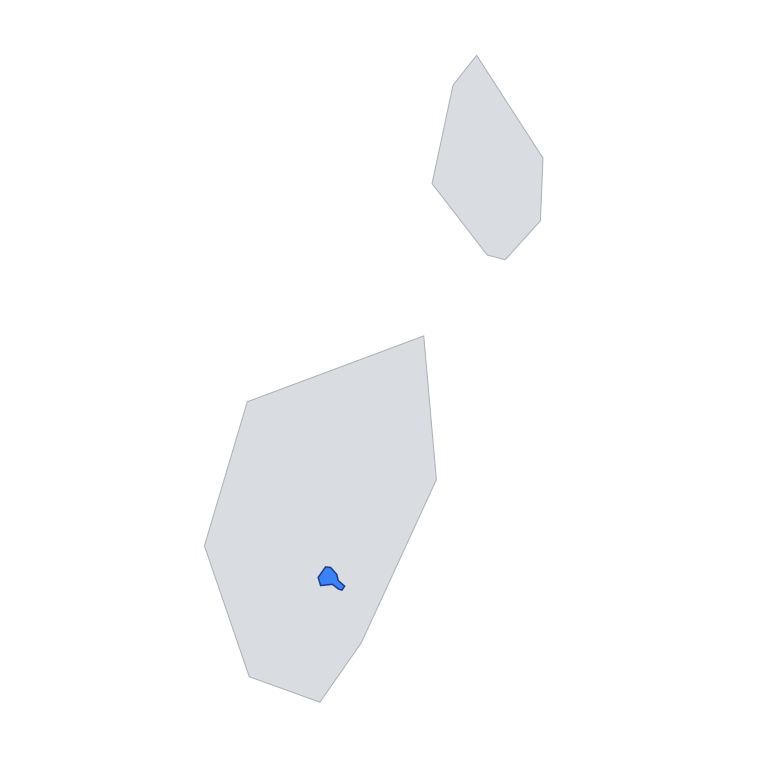 where Ħamrun sits in Malta, rotated 70°
{"feature_id": "MLT-5944", "entity_name": "Ħamrun", "entity_type": "state/province", "adm_level": 1, "iso_a3": "MLT", "parent_name": "Malta", "parent_adm1": "", "projection": "mercator", "projection_center": [14.489, 35.882], "detail": "fine", "context": "in_parent", "style": "filled", "palette": "blue", "viewbox_px": 768, "rotation_deg": 70, "n_neighbors": 0, "source": "natural_earth", "source_scale": "10m", "svg_char_len": 557}
<svg xmlns="http://www.w3.org/2000/svg" viewBox="0 0 768 768"><g transform="rotate(70 384 384)"><path d="M661.1,553.1L613.0,610.7L474.7,608.1L353.9,518.5L352.4,330.2L491.8,367.5L619.2,493.6L661.1,553.1ZM298.1,242.9L212.1,270.3L126.8,216.9L106.9,184.6L226.0,157.3L284.1,181.2L308.7,227.6L298.1,242.9Z" fill="#d9dde1" stroke="#a8b0b8" stroke-width="1"/><path d="M543.2,512.0L535.9,501.5L538.2,496.9L546.8,493.5L553.0,494.3L560.5,490.1L563.3,494.0L561.1,496.9L554.6,501.0L551.7,512.5L543.2,512.0Z" fill="#3b82f6" stroke="#1e3a8a" stroke-width="1.5"/></g></svg>